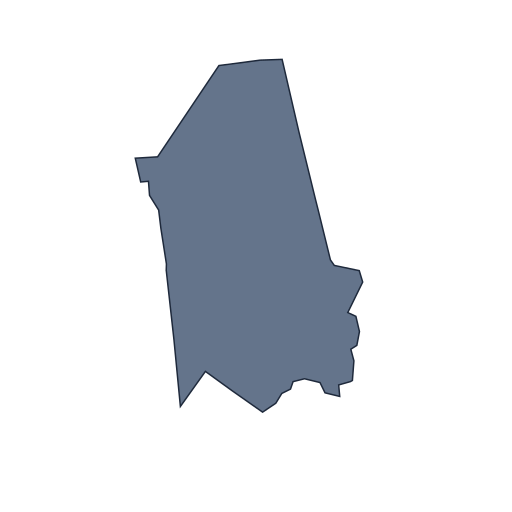 Belknap, New Hampshire, United States of America (Robinson projection), rotated 223°
{"feature_id": "52423323B67114126748544", "entity_name": "Belknap", "entity_type": "district", "adm_level": 2, "iso_a3": "USA", "parent_name": "United States of America", "parent_adm1": "New Hampshire", "projection": "robinson", "projection_center": [-71.508, 43.523], "detail": "fine", "context": "isolated", "style": "filled", "palette": "slate", "viewbox_px": 512, "rotation_deg": 223, "n_neighbors": 0, "source": "geoboundaries", "source_scale": "gbopen_adm2", "svg_char_len": 685}
<svg xmlns="http://www.w3.org/2000/svg" viewBox="0 0 512 512"><g transform="rotate(223 256 256)"><path d="M101.3,228.5L100.6,230.7L112.9,246.1L123.1,252.5L121.3,259.4L128.8,271.3L141.8,280.0L150.3,277.2L160.2,309.7L170.5,315.7L192.3,302.5L198.9,303.9L241.7,331.9L250.7,337.7L308.9,375.8L371.0,417.6L386.6,402.0L413.0,370.0L395.6,261.4L411.0,245.2L390.8,231.5L385.6,237.3L375.2,227.7L358.5,223.2L344.6,211.5L316.1,189.1L311.7,184.1L311.4,183.9L258.9,138.8L208.7,94.4L214.3,137.1L181.4,141.2L144.7,146.3L141.1,161.8L143.4,173.1L140.0,182.2L143.2,189.4L136.8,199.3L122.9,207.1L112.2,203.0L99.0,210.4L107.6,218.1L101.3,228.5Z" fill="#64748b" stroke="#1e293b" stroke-width="1.5"/></g></svg>